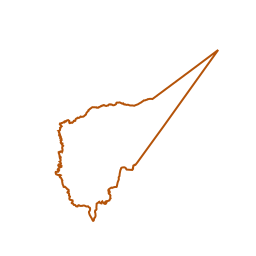 Mathira, Central, Kenya, rotated 15°
{"feature_id": "3690345B12350857551286", "entity_name": "Mathira", "entity_type": "district", "adm_level": 2, "iso_a3": "KEN", "parent_name": "Kenya", "parent_adm1": "Central", "projection": "mercator", "projection_center": [37.111, -0.356], "detail": "fine", "context": "isolated", "style": "outline", "palette": "amber", "viewbox_px": 256, "rotation_deg": 15, "n_neighbors": 0, "source": "geoboundaries", "source_scale": "gbopen_adm2", "svg_char_len": 5862}
<svg xmlns="http://www.w3.org/2000/svg" viewBox="0 0 256 256"><g transform="rotate(15 128 128)"><path d="M61.6,148.8L62.1,149.1L62.4,150.1L62.8,150.2L62.9,150.8L63.4,151.1L63.5,151.6L63.2,152.1L63.5,152.8L64.2,152.4L64.4,152.8L64.0,153.2L65.2,153.6L65.2,154.1L64.9,154.5L65.0,154.9L65.3,154.7L65.7,154.7L66.5,155.6L66.7,156.1L66.2,156.9L66.5,157.0L66.1,157.3L66.6,158.0L66.9,158.7L66.7,159.3L67.0,159.8L67.3,160.0L67.7,159.8L68.7,159.9L68.7,160.5L68.5,161.2L69.1,161.6L69.6,161.7L70.0,162.0L69.4,163.2L69.5,163.6L69.5,164.2L69.8,164.8L70.3,165.4L70.3,165.9L70.6,166.7L70.6,167.2L70.6,167.8L70.5,168.3L70.1,168.0L69.3,167.9L68.9,168.3L68.7,168.8L68.4,169.1L67.9,169.3L67.6,169.0L67.3,169.3L67.6,169.7L67.6,170.1L67.8,170.5L68.6,171.5L69.1,172.7L70.0,173.1L70.3,173.3L70.6,173.7L70.7,174.2L70.3,174.5L69.9,174.5L70.1,174.9L71.2,176.2L71.3,176.6L71.2,177.8L70.7,178.2L71.2,178.5L71.6,178.5L72.4,179.6L72.2,180.0L71.6,180.7L71.1,180.8L70.5,181.1L70.3,181.8L70.3,182.3L70.6,182.6L71.2,182.9L71.8,182.9L72.4,182.8L72.7,182.5L72.8,181.9L73.1,181.5L73.5,181.6L73.7,182.4L73.7,182.8L73.1,183.0L72.7,183.4L72.4,183.9L72.0,184.2L71.5,184.8L71.2,185.2L71.1,185.6L70.9,186.0L70.9,186.5L71.3,186.7L72.0,186.2L72.4,186.4L72.4,186.9L72.1,187.4L71.9,188.3L69.6,189.1L69.6,189.8L70.3,191.0L70.6,191.3L70.9,191.4L71.9,191.3L72.4,191.5L73.0,191.4L74.3,190.9L75.3,191.1L74.5,192.5L74.8,192.9L75.3,193.3L76.2,193.5L76.9,194.2L77.2,194.6L77.4,195.1L77.9,195.3L78.2,195.7L78.1,196.2L78.3,196.9L78.5,197.3L79.5,199.4L80.5,200.5L81.0,201.5L81.5,201.6L82.0,201.3L82.3,201.1L82.8,201.3L84.8,202.4L85.1,202.8L86.1,202.9L86.5,203.0L86.9,203.8L87.1,204.3L86.6,204.6L86.4,205.1L86.2,205.5L86.2,206.0L86.7,206.2L87.2,206.2L87.9,206.3L88.3,207.2L88.4,208.4L88.6,208.7L89.0,208.8L89.4,209.0L89.7,209.2L89.7,209.7L89.5,210.6L89.5,211.0L89.8,211.7L90.2,212.2L90.6,212.3L91.4,212.3L92.5,212.2L93.2,212.3L93.4,213.0L93.6,213.4L93.0,214.6L93.1,215.1L93.7,215.3L94.6,215.3L95.2,216.0L95.6,216.3L96.5,216.1L96.9,216.1L97.3,216.3L98.1,217.0L99.2,217.0L99.6,216.8L99.7,216.3L99.8,215.9L100.2,215.4L100.7,215.3L101.2,215.6L102.7,215.5L103.4,215.2L103.9,215.1L104.7,214.5L106.1,214.2L108.0,214.6L109.7,214.0L110.3,214.5L110.7,214.7L111.8,214.9L112.4,216.0L112.5,216.7L112.5,217.4L112.4,218.1L112.0,218.9L112.1,219.4L112.2,219.8L112.9,220.9L113.3,221.6L115.0,223.4L115.9,224.2L117.8,226.4L118.2,226.7L118.6,226.6L118.9,225.6L118.7,224.9L118.8,223.6L119.2,223.1L119.4,222.1L119.4,221.2L118.6,218.9L117.9,217.8L117.8,217.4L117.7,216.6L117.7,216.1L118.2,215.7L118.5,215.2L118.6,214.7L118.5,214.2L118.1,213.2L117.3,209.2L117.6,208.8L118.1,208.4L118.4,208.0L119.1,206.9L119.4,206.7L119.6,207.1L120.7,207.7L121.7,207.7L121.6,207.2L121.7,206.8L121.9,206.4L121.9,205.9L122.2,205.5L123.3,206.6L124.1,207.0L124.8,207.2L125.5,207.3L125.9,207.1L126.3,206.7L126.5,205.5L125.9,205.6L125.4,205.8L125.1,205.5L125.3,205.1L125.9,204.3L126.9,204.0L127.6,203.6L128.1,203.3L128.8,202.7L128.8,201.7L129.4,200.5L129.0,200.0L128.8,199.5L128.6,198.6L128.5,197.7L128.1,197.4L127.8,196.9L126.8,196.6L126.1,195.8L126.1,195.4L126.7,195.0L127.0,194.6L126.5,193.8L126.2,193.6L125.7,193.8L125.3,193.8L125.1,193.3L125.1,192.8L125.3,192.2L126.3,191.0L127.0,190.4L127.2,190.0L127.6,189.8L128.5,189.8L129.0,189.3L130.7,188.3L132.0,188.0L132.3,187.7L132.3,186.7L132.2,185.7L132.2,184.7L132.1,184.1L132.1,183.1L132.2,182.0L132.4,180.6L132.4,179.8L131.9,178.5L131.8,178.2L131.8,177.8L132.2,176.7L132.1,176.1L131.8,174.3L131.6,171.4L131.6,170.4L131.8,169.5L131.7,168.7L132.0,168.2L132.4,167.8L133.7,167.2L134.2,167.1L134.9,166.9L136.0,167.2L136.4,167.5L137.0,168.2L137.4,168.5L142.1,167.6L143.0,167.4L143.4,166.3L143.1,165.9L143.3,165.5L143.0,164.8L143.0,164.4L143.2,164.0L143.1,163.5L142.9,163.2L143.0,162.8L143.4,162.6L143.7,162.3L143.8,161.9L144.2,161.9L144.7,161.7L144.9,161.2L145.8,159.2L156.4,131.5L161.6,118.0L177.9,74.5L194.9,29.3L174.9,54.8L144.1,93.7L143.2,93.8L142.3,94.0L141.0,94.4L140.6,94.7L139.7,95.0L139.1,95.7L138.2,96.2L137.3,96.9L136.9,97.1L136.2,97.2L135.1,98.7L134.7,99.0L134.2,99.8L133.6,100.3L133.0,100.9L132.6,101.3L131.5,102.5L128.8,104.4L128.5,104.8L127.5,105.0L126.9,105.0L124.6,105.6L123.5,105.7L122.4,105.5L121.7,105.6L120.8,106.0L120.1,106.1L119.1,105.9L118.3,106.3L117.8,106.1L117.4,105.7L117.0,105.4L116.6,105.6L116.3,106.0L115.9,106.0L115.5,105.8L114.6,105.7L113.4,105.4L112.4,105.9L110.7,106.3L110.3,106.7L110.3,107.9L110.0,108.3L109.8,108.7L109.2,109.0L108.9,109.4L108.5,109.6L108.1,109.8L107.4,109.9L106.1,109.5L105.7,109.8L105.3,109.9L104.5,109.7L104.1,110.1L103.6,110.2L103.3,110.5L103.0,111.4L102.4,111.6L101.9,111.9L101.4,112.3L100.1,112.4L99.2,112.1L98.7,112.1L98.2,112.3L98.0,112.8L97.1,113.1L96.8,113.7L96.2,113.8L95.8,114.4L95.2,114.9L94.6,115.2L94.4,115.8L94.0,116.1L93.1,116.2L92.8,116.5L92.4,116.4L92.1,116.2L91.2,116.5L89.9,116.7L89.4,116.9L88.3,117.1L87.6,117.7L87.4,118.1L86.7,118.9L86.5,119.3L86.2,119.5L86.0,119.9L85.2,121.0L85.4,121.5L85.1,121.8L85.0,122.1L84.6,122.8L84.5,123.2L84.3,123.6L84.0,124.2L83.9,124.8L83.9,125.8L83.4,126.7L83.0,126.9L82.8,127.3L82.6,127.8L81.9,128.6L81.4,128.8L80.8,129.0L80.2,129.3L79.7,129.2L79.2,129.2L78.7,130.2L77.9,131.0L77.4,131.1L76.8,131.0L76.5,131.2L76.2,132.0L75.4,132.5L75.1,133.3L75.2,134.2L75.2,134.7L74.9,134.9L74.4,134.9L73.8,135.1L73.8,135.7L73.5,136.1L73.2,136.8L72.7,137.5L72.2,137.5L71.8,137.4L71.6,137.7L71.2,137.9L70.9,138.2L70.4,138.4L69.9,138.1L69.7,137.6L69.6,136.8L69.4,136.3L69.0,136.2L68.4,136.2L68.1,135.9L67.2,136.4L66.8,136.8L66.6,137.2L66.3,137.8L65.9,137.5L65.5,137.7L65.6,138.1L65.3,138.4L64.8,138.5L64.8,139.1L64.4,139.1L63.9,139.4L63.4,140.0L62.9,140.3L62.4,140.4L62.1,140.8L61.7,141.1L61.6,141.5L61.2,141.4L61.1,141.9L61.5,142.2L61.9,142.6L62.6,142.8L62.9,143.2L63.5,143.5L63.0,144.4L62.6,144.9L62.3,145.4L62.8,146.1L62.6,146.6L62.7,147.0L62.8,147.8L62.5,148.3L61.6,148.8Z" fill="none" stroke="#b45309" stroke-width="2"/></g></svg>